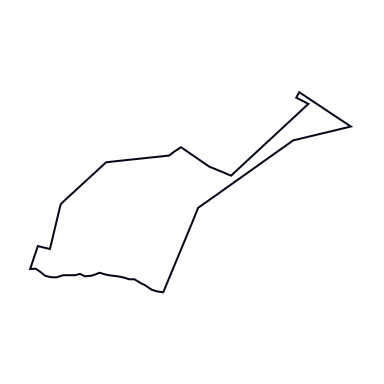 Santana do Piauí, Piauí, Brazil (Robinson projection), rotated 112°
{"feature_id": "56859067B85861888890403", "entity_name": "Santana do Piauí", "entity_type": "district", "adm_level": 2, "iso_a3": "BRA", "parent_name": "Brazil", "parent_adm1": "Piauí", "projection": "robinson", "projection_center": [-41.484, -6.919], "detail": "fine", "context": "isolated", "style": "outline", "palette": "ink", "viewbox_px": 384, "rotation_deg": 112, "n_neighbors": 0, "source": "geoboundaries", "source_scale": "gbopen_adm2", "svg_char_len": 747}
<svg xmlns="http://www.w3.org/2000/svg" viewBox="0 0 384 384"><g transform="rotate(112 192 192)"><path d="M65.5,130.7L66.2,122.4L66.7,117.1L162.2,161.9L162.0,185.5L154.6,219.0L161.1,223.5L166.8,226.9L178.9,249.6L191.4,273.1L194.7,279.2L196.7,282.8L248.0,307.2L252.4,309.1L257.9,308.4L289.8,303.6L298.1,302.4L299.9,314.7L324.0,313.2L321.7,308.2L322.9,302.7L324.7,296.6L323.8,290.8L322.0,285.8L317.4,280.3L315.1,274.6L313.0,269.3L309.9,265.2L310.3,259.7L307.6,254.4L305.0,251.1L301.6,247.7L300.6,239.1L297.6,227.4L296.8,222.5L296.5,217.8L294.5,212.7L295.7,205.4L296.0,201.0L297.7,192.6L297.2,186.6L295.7,181.1L223.1,180.4L204.4,180.4L193.9,173.6L106.2,117.5L71.8,69.3L59.3,130.0L65.5,130.7Z" fill="none" stroke="#020617" stroke-width="2"/></g></svg>